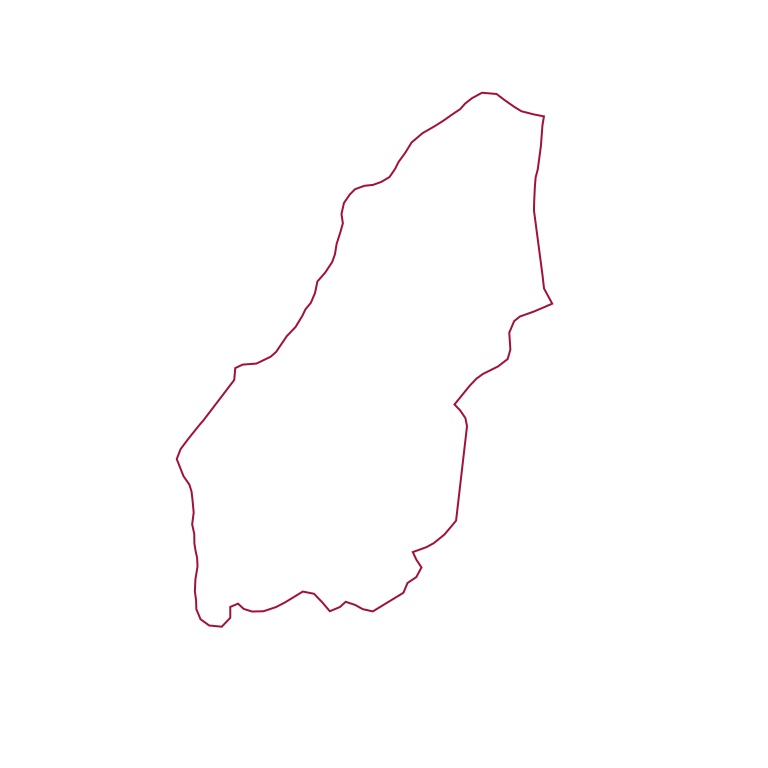 outline of Mineiros do Tietê, São Paulo, Brazil, rotated 234°
{"feature_id": "56859067B97164365361908", "entity_name": "Mineiros do Tietê", "entity_type": "district", "adm_level": 2, "iso_a3": "BRA", "parent_name": "Brazil", "parent_adm1": "São Paulo", "projection": "albers", "projection_center": [-48.43, -22.466], "detail": "fine", "context": "isolated", "style": "outline", "palette": "rose", "viewbox_px": 768, "rotation_deg": 234, "n_neighbors": 0, "source": "geoboundaries", "source_scale": "gbopen_adm2", "svg_char_len": 1640}
<svg xmlns="http://www.w3.org/2000/svg" viewBox="0 0 768 768"><g transform="rotate(234 384 384)"><path d="M350.1,567.3L367.2,569.6L378.7,576.1L436.2,607.3L443.4,612.8L454.8,621.9L462.1,628.2L467.2,634.5L484.5,651.0L500.0,664.1L506.5,670.7L514.1,663.6L523.9,655.5L531.6,652.3L542.0,648.7L552.5,645.5L562.0,634.5L563.5,623.4L563.2,614.5L561.6,607.3L562.0,596.3L562.1,587.2L562.9,575.4L564.3,562.8L563.2,548.3L558.5,536.9L555.1,526.3L551.6,519.6L548.2,510.1L549.1,500.5L551.6,492.0L555.9,484.6L558.6,475.1L557.4,467.6L554.0,458.0L546.5,449.5L538.2,445.2L532.6,438.1L525.0,427.8L517.8,420.6L513.1,413.7L508.7,401.9L506.1,390.4L498.1,381.6L492.7,372.6L490.6,364.4L487.2,358.1L482.1,345.9L479.9,333.6L473.4,315.6L472.7,308.4L475.5,292.8L482.8,281.0L484.3,273.0L475.3,265.2L460.9,217.1L459.0,209.3L454.6,193.2L450.9,181.2L445.1,172.2L427.2,167.6L417.0,167.4L410.2,165.1L403.9,161.6L391.9,154.5L383.2,146.3L374.1,142.3L366.5,136.9L360.2,133.7L353.0,130.5L346.0,125.9L336.8,116.6L327.4,109.1L319.4,104.8L312.1,99.8L301.5,97.3L291.4,100.6L283.0,110.1L285.2,122.2L294.0,128.6L292.1,136.8L284.5,138.3L277.5,143.5L271.0,152.9L267.0,165.5L265.5,175.4L264.8,184.2L263.8,196.3L255.4,204.1L243.8,205.7L232.0,206.6L229.5,217.2L230.3,225.0L222.2,230.8L214.3,234.5L206.6,241.3L203.7,277.0L209.2,286.1L208.8,296.7L213.6,306.5L222.7,306.9L231.1,308.5L227.1,322.3L226.0,330.6L226.7,344.4L229.2,354.6L231.1,362.0L301.0,426.3L308.5,429.8L317.7,430.1L326.0,429.0L332.2,452.2L334.0,462.0L334.0,470.0L331.2,486.4L331.5,498.7L337.6,506.5L345.7,511.6L351.9,515.5L358.4,526.3L358.7,533.7L354.5,547.9L350.1,567.3Z" fill="none" stroke="#9f1239" stroke-width="2"/></g></svg>